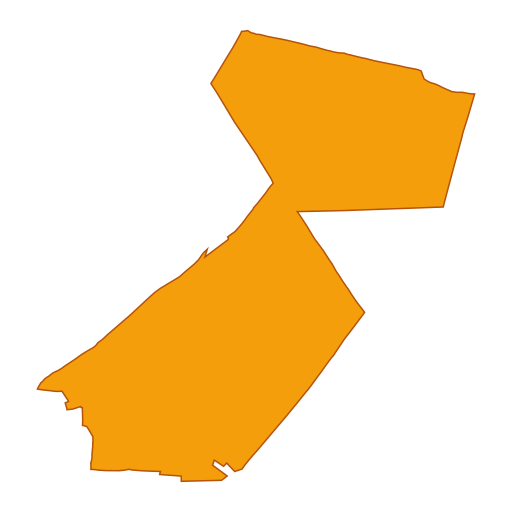 Ghercesti, Dolj, Romania (Natural Earth projection)
{"feature_id": "2599482B76093659633091", "entity_name": "Ghercesti", "entity_type": "district", "adm_level": 2, "iso_a3": "ROU", "parent_name": "Romania", "parent_adm1": "Dolj", "projection": "natural_earth1", "projection_center": [23.894, 44.373], "detail": "fine", "context": "isolated", "style": "filled", "palette": "amber", "viewbox_px": 512, "rotation_deg": 0, "n_neighbors": 0, "source": "geoboundaries", "source_scale": "gbopen_adm2", "svg_char_len": 3939}
<svg xmlns="http://www.w3.org/2000/svg" viewBox="0 0 512 512"><path d="M239.0,470.1L242.1,469.0L244.8,465.1L250.0,458.7L252.9,455.3L257.2,450.5L277.0,427.1L286.5,415.9L299.4,400.2L299.8,399.7L301.1,398.0L302.1,396.8L304.8,393.4L308.2,389.4L309.5,387.7L313.9,381.8L317.9,376.3L322.3,370.4L324.5,367.2L329.1,360.9L331.5,357.7L333.8,355.1L335.4,352.5L344.3,339.2L349.2,332.9L355.0,325.3L362.1,315.8L364.6,312.4L362.1,309.0L358.6,304.5L356.4,301.6L352.3,295.6L351.0,293.6L347.9,288.6L346.8,287.2L346.5,286.9L345.4,285.1L343.0,281.7L338.3,274.3L336.5,271.8L334.1,267.6L333.0,265.5L331.8,263.5L329.7,260.5L325.3,253.7L324.3,252.1L323.5,250.8L321.6,248.4L320.7,247.0L318.2,243.7L314.5,238.7L311.8,234.3L306.9,226.1L300.3,216.0L298.0,212.7L297.2,211.6L302.6,211.5L342.9,210.6L443.2,207.0L446.1,195.9L453.3,168.8L461.6,138.3L463.0,132.4L467.0,119.7L467.9,116.9L472.4,101.6L473.8,96.8L474.2,95.4L474.6,93.9L471.8,93.9L468.2,93.4L462.2,92.3L456.6,92.3L451.7,91.6L448.7,90.2L446.5,89.3L442.1,87.3L440.0,86.2L436.7,84.6L433.9,83.6L431.3,82.9L428.8,81.9L427.3,81.0L425.5,79.9L424.7,79.4L424.1,78.9L423.9,78.5L423.7,78.0L423.4,76.8L422.6,75.0L421.8,72.7L421.5,71.9L421.3,71.2L420.8,70.8L418.5,69.9L416.1,69.2L413.8,68.8L407.9,67.7L404.0,66.9L398.6,65.6L382.4,62.4L373.7,60.6L365.7,58.5L362.2,57.8L358.1,56.9L353.5,55.7L350.4,54.9L347.7,54.4L345.7,53.7L344.1,53.1L341.8,53.0L339.4,52.9L336.4,52.4L334.6,52.1L333.3,51.8L332.4,51.6L331.5,51.3L330.3,51.0L328.8,50.7L327.8,50.5L321.6,48.8L316.5,47.2L309.6,45.9L303.1,44.1L286.7,40.2L267.7,36.5L264.2,35.6L259.9,34.5L258.7,34.4L256.5,34.3L254.8,33.7L253.6,33.2L251.4,32.9L249.4,31.7L247.9,30.7L247.5,30.7L247.1,30.7L246.3,30.9L245.1,31.0L243.9,31.2L242.4,31.4L241.6,31.3L240.6,33.6L237.2,39.8L234.4,44.8L232.2,48.7L228.4,54.8L214.8,77.3L210.9,83.5L216.7,92.5L220.3,98.4L234.5,122.1L257.0,155.3L259.7,160.2L269.4,175.9L271.1,178.7L273.2,183.2L270.4,186.3L268.1,189.4L267.8,189.9L265.4,193.3L257.1,203.8L254.7,206.5L253.8,207.4L253.0,209.2L249.1,214.2L247.6,216.0L244.4,220.5L240.5,225.4L236.9,229.5L235.6,231.0L234.3,232.1L232.3,233.5L228.0,236.6L227.6,236.9L227.8,237.2L228.2,237.5L228.2,238.0L228.3,238.6L228.3,239.1L228.1,239.6L204.9,257.1L207.3,249.2L205.4,251.0L204.0,252.2L201.9,254.9L198.7,259.6L194.2,264.1L184.4,272.4L179.6,276.7L166.5,284.6L164.2,286.1L161.7,287.5L160.1,288.5L158.5,289.7L156.6,291.1L154.4,292.7L153.0,294.0L151.2,295.6L147.9,298.6L137.5,308.3L130.4,314.9L107.0,335.1L104.1,337.9L103.4,338.5L101.7,340.0L100.0,341.2L98.4,342.3L98.1,342.5L97.3,343.5L96.3,344.9L95.4,345.9L94.3,346.8L92.9,347.8L90.1,349.3L85.4,352.1L80.7,355.1L78.4,356.8L75.8,358.7L71.2,361.8L66.3,365.0L63.2,367.2L62.2,368.0L61.6,368.4L61.1,368.7L59.9,369.4L57.7,370.7L55.2,371.8L53.9,372.4L52.8,373.0L51.1,374.3L48.7,376.2L46.8,377.4L44.8,378.8L42.9,381.1L40.8,382.9L39.0,385.9L38.3,387.2L37.8,388.2L37.4,389.1L37.6,389.2L42.8,389.9L51.7,390.9L56.2,391.4L59.6,391.4L61.9,391.1L68.2,400.7L68.4,401.5L65.2,402.9L66.1,406.0L66.9,408.9L67.1,409.8L68.0,409.6L70.4,409.4L73.1,409.0L73.8,408.8L75.5,408.2L80.5,406.6L81.0,407.5L82.3,407.6L82.3,408.1L82.5,412.8L82.7,421.4L82.6,423.2L82.5,424.5L82.5,425.5L83.9,425.7L85.5,426.2L86.4,426.5L87.1,427.0L87.8,428.1L88.7,429.6L90.1,431.9L91.7,434.7L92.7,436.3L92.9,437.2L92.9,437.9L92.9,439.0L93.0,440.6L92.8,442.4L92.7,445.2L92.7,446.2L92.7,446.4L92.8,446.5L92.6,447.4L92.4,450.0L92.3,451.0L92.2,452.3L92.1,453.3L91.9,454.4L92.0,454.9L92.0,455.8L92.0,457.1L92.0,458.1L91.9,458.7L91.7,459.5L91.6,460.3L91.3,461.3L91.2,461.7L91.1,462.4L90.8,463.0L90.7,463.3L90.7,463.5L90.9,463.8L90.9,465.2L91.0,469.2L90.9,469.4L92.3,469.4L93.9,469.6L95.7,469.7L98.1,470.1L105.5,470.6L118.9,470.7L123.7,470.3L129.1,469.3L132.7,470.1L135.4,470.2L135.9,470.3L142.2,470.8L149.4,471.1L158.0,471.4L160.4,471.5L159.6,474.5L181.2,476.1L181.3,481.3L221.6,480.3L227.2,476.0L212.6,465.2L214.3,460.1L223.6,466.3L226.7,463.1L234.7,471.5L239.0,470.1Z" fill="#f59e0b" stroke="#b45309" stroke-width="1.5"/></svg>